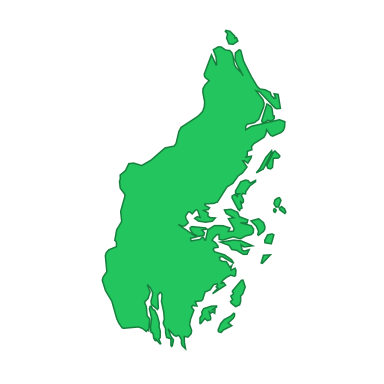 outline of Stockholm, rotated 350°
{"feature_id": "SWE-194", "entity_name": "Stockholm", "entity_type": "County", "adm_level": 1, "iso_a3": "SWE", "parent_name": "Sweden", "parent_adm1": "", "projection": "albers", "projection_center": [18.361, 59.539], "detail": "fine", "context": "isolated", "style": "filled", "palette": "green", "viewbox_px": 384, "rotation_deg": 350, "n_neighbors": 0, "source": "natural_earth", "source_scale": "10m", "svg_char_len": 6133}
<svg xmlns="http://www.w3.org/2000/svg" viewBox="0 0 384 384"><g transform="rotate(350 192 192)"><path d="M235.0,60.3L237.7,71.0L238.4,71.0L239.1,63.2L237.7,55.6L243.0,53.6L245.9,54.2L249.8,58.1L253.7,59.2L255.4,61.7L256.0,65.4L255.8,73.2L256.6,76.4L261.6,83.7L262.5,86.5L260.7,80.7L258.6,75.0L257.4,69.1L258.9,62.5L263.1,60.1L264.6,61.0L265.5,72.2L270.6,89.0L274.6,99.5L276.8,102.4L281.8,104.0L286.3,107.4L286.8,110.9L289.4,114.2L290.7,114.1L289.9,109.5L293.8,110.8L293.6,125.0L289.8,124.7L288.3,123.6L276.2,105.3L272.7,103.4L277.9,113.4L278.4,117.3L277.2,120.9L270.2,132.1L265.5,134.5L258.0,134.9L256.2,136.8L255.7,140.0L262.0,137.6L290.7,136.0L295.7,138.9L294.5,144.0L292.7,147.1L290.2,148.8L281.2,151.0L279.4,150.0L276.2,143.7L274.8,147.6L272.4,150.6L261.2,155.2L258.5,157.6L258.3,160.8L253.5,161.6L252.9,165.2L251.2,167.0L256.8,167.0L256.0,168.8L252.0,173.3L248.9,170.2L247.4,170.1L250.5,176.9L245.2,181.9L240.3,184.1L233.8,190.5L227.3,193.1L215.3,206.3L211.4,207.0L202.6,206.0L202.6,207.6L206.6,210.6L205.0,212.1L200.3,212.2L204.2,215.3L203.5,218.4L205.4,220.4L210.5,221.6L207.0,224.3L200.1,224.1L193.3,221.8L190.0,218.5L192.7,217.2L195.5,218.5L194.6,212.0L194.0,210.6L192.6,210.3L188.4,213.6L186.2,211.0L184.7,211.1L181.4,214.7L181.4,217.2L183.0,221.6L179.2,224.1L176.5,224.0L172.7,221.5L188.4,237.0L182.5,237.4L182.5,240.0L191.5,240.1L194.2,238.4L195.4,238.8L196.3,241.7L197.0,241.7L201.0,232.0L208.3,229.0L216.5,230.5L223.2,234.0L220.8,237.1L225.8,237.8L227.2,235.4L223.2,224.6L228.7,224.6L222.0,219.2L220.8,215.3L227.4,215.8L233.4,219.9L234.3,224.5L242.2,229.2L240.9,232.0L234.3,230.7L244.5,235.5L246.2,239.2L245.3,242.7L243.1,244.2L237.1,244.6L231.5,246.5L224.8,243.3L213.6,244.7L210.5,243.2L211.3,238.5L209.0,238.4L205.2,241.0L203.4,243.2L206.2,245.9L208.1,249.4L208.1,251.0L204.2,250.9L203.0,252.0L203.8,254.8L213.2,259.6L219.1,265.4L220.8,269.5L210.3,260.7L207.7,261.1L207.7,263.8L209.6,265.5L213.7,266.5L216.2,272.6L218.5,271.2L216.9,274.3L216.9,275.8L221.2,274.5L221.7,276.7L220.5,281.5L219.4,282.4L215.6,280.6L211.2,282.0L207.0,284.3L205.0,286.8L207.4,286.7L208.9,289.6L194.6,295.7L200.9,291.1L199.3,289.6L200.9,288.2L200.9,286.8L197.3,287.0L192.8,291.5L187.4,292.8L183.9,299.7L182.4,300.8L176.2,300.4L177.1,305.2L172.8,303.8L171.5,305.2L173.3,308.8L168.5,316.9L166.6,322.2L167.6,328.4L166.5,331.4L162.9,334.2L159.3,332.9L158.4,338.8L158.4,345.3L155.7,341.6L155.3,339.0L156.0,336.0L154.8,332.1L153.7,330.8L151.3,331.3L149.4,330.0L144.7,322.6L146.2,330.6L148.1,334.5L146.0,339.9L145.2,340.5L144.6,339.5L145.7,332.8L141.8,330.9L141.5,326.7L142.2,321.6L141.0,317.3L141.0,315.6L142.7,312.3L143.3,305.3L142.9,294.4L144.5,289.1L144.4,286.5L143.2,285.2L140.2,287.8L138.8,300.3L137.5,301.7L132.4,295.3L132.8,292.0L135.2,286.9L135.7,283.9L134.3,278.9L131.8,275.4L133.4,283.1L130.3,289.1L126.1,292.3L127.1,297.1L126.3,306.3L128.3,309.5L125.3,321.2L124.2,320.1L122.8,321.4L119.5,317.7L115.7,315.6L100.7,314.3L99.6,313.6L97.2,308.5L95.9,303.6L94.1,285.7L89.7,274.1L88.3,263.3L89.7,260.3L94.3,255.6L95.6,239.6L97.0,236.9L99.9,234.5L108.1,232.7L108.9,228.2L107.6,226.1L111.3,216.1L117.6,208.9L118.4,198.7L125.4,184.1L125.3,182.4L122.0,175.8L122.4,169.1L123.7,166.5L124.2,162.8L130.1,159.5L134.7,153.1L139.6,153.4L147.0,157.2L157.2,153.5L173.1,143.9L182.3,143.7L184.7,141.5L189.6,130.1L192.4,126.5L211.2,118.4L216.5,114.5L218.9,110.2L220.1,105.4L220.0,95.8L220.7,92.3L223.4,88.9L228.2,85.3L225.1,81.8L224.4,80.2L224.5,78.1L235.0,60.3ZM250.0,196.0L245.0,201.0L244.4,203.2L241.6,202.3L240.0,203.8L241.3,208.4L240.9,210.8L239.7,211.6L238.7,210.9L238.2,209.0L238.5,216.5L236.4,217.1L235.7,218.5L234.4,217.1L230.4,204.7L230.8,202.9L233.5,201.9L234.8,202.5L235.8,205.0L236.0,202.8L238.1,202.0L234.7,201.1L235.0,198.6L241.7,190.5L246.8,189.5L249.2,190.5L250.8,193.3L256.6,191.6L256.4,192.8L250.0,196.0ZM137.0,315.2L136.2,318.9L136.6,323.8L135.7,328.2L135.4,329.8L133.8,331.3L134.9,335.9L134.2,336.1L131.1,331.1L131.0,332.2L129.9,331.9L128.9,329.2L129.1,325.4L128.4,323.5L127.4,323.3L127.3,321.7L127.6,317.8L130.2,309.6L129.8,299.7L130.8,297.4L132.1,297.3L132.7,300.3L134.8,302.2L136.4,308.0L137.0,315.2ZM226.9,287.6L227.9,294.8L224.3,301.1L221.9,302.8L220.9,308.2L219.3,311.4L215.0,312.5L211.3,308.2L210.9,306.5L213.3,305.2L212.1,301.2L215.0,299.6L215.3,298.1L214.4,297.4L214.8,296.3L225.4,287.5L226.9,287.6ZM221.2,255.6L219.2,251.0L211.3,246.3L224.8,246.6L232.0,248.7L242.3,255.5L233.8,255.2L231.1,252.6L231.3,257.7L233.0,259.3L238.3,258.7L235.3,262.9L231.7,262.3L225.6,257.0L221.2,255.6ZM285.0,131.0L286.2,131.4L285.7,133.9L282.8,135.8L278.6,134.4L277.6,135.7L273.6,136.1L272.9,134.2L281.1,118.3L284.4,121.3L285.3,123.8L285.0,131.0ZM194.2,311.8L193.3,315.4L191.5,313.7L189.7,314.5L188.1,313.0L188.6,319.2L188.0,321.0L184.8,321.4L182.7,318.8L177.7,323.1L177.0,322.8L178.0,317.3L180.6,314.7L180.8,311.9L183.2,308.9L191.2,307.8L196.4,308.5L196.3,309.5L192.0,311.4L194.2,311.8ZM208.6,321.0L212.0,318.6L212.8,319.2L212.4,321.4L210.6,323.6L204.9,327.3L208.0,330.6L198.8,333.4L196.3,335.4L193.7,334.1L193.9,332.1L197.5,326.5L201.6,323.2L208.6,321.0ZM249.5,237.0L245.1,230.7L253.0,229.9L257.1,234.6L257.8,238.8L257.1,241.5L255.4,243.3L249.8,246.2L249.3,245.2L250.7,242.3L249.5,237.0ZM183.9,226.9L185.8,226.0L199.0,229.7L200.3,231.1L195.1,231.2L197.2,234.4L196.0,236.8L190.7,236.9L185.7,233.3L183.7,228.5L183.9,226.9ZM252.8,46.4L254.6,42.3L252.7,39.7L253.4,38.7L257.3,40.3L261.3,46.0L260.9,48.0L262.6,47.7L263.4,51.3L258.2,53.7L254.1,52.5L252.8,46.4ZM280.8,166.0L284.7,171.5L284.5,172.5L282.7,173.6L278.0,172.9L275.5,181.8L273.3,182.9L270.8,181.7L270.2,179.0L279.1,166.9L280.8,166.0ZM277.6,167.1L266.2,181.8L258.6,184.3L263.0,180.5L270.8,170.7L277.6,165.1L277.6,167.1ZM263.6,247.2L265.2,248.4L261.1,256.8L255.0,254.6L255.2,252.2L259.0,247.3L263.6,247.2ZM278.2,215.6L274.6,221.7L272.1,221.4L270.7,217.8L272.2,214.3L275.0,212.9L277.1,212.8L278.2,215.6ZM251.4,266.7L258.3,267.5L248.9,274.5L247.8,273.9L251.4,266.7ZM280.2,224.7L280.9,228.1L279.7,229.3L275.3,224.7L275.2,223.1L277.7,221.9L280.2,224.7ZM270.0,222.8L271.3,223.4L271.8,224.8L270.2,226.5L269.3,225.7L269.1,224.3L270.0,222.8Z" fill="#22c55e" stroke="#15803d" stroke-width="1.5"/></g></svg>